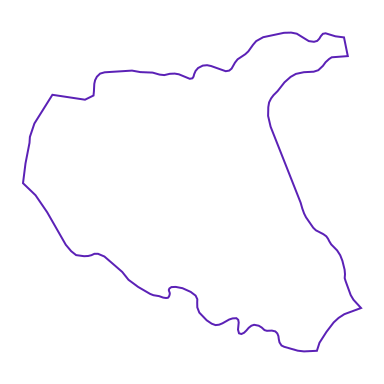 an SVG outline of Vrancea
{"feature_id": "ROU-317", "entity_name": "Vrancea", "entity_type": "County", "adm_level": 1, "iso_a3": "ROU", "parent_name": "Romania", "parent_adm1": "", "projection": "mercator", "projection_center": [27.101, 45.78], "detail": "fine", "context": "isolated", "style": "outline", "palette": "violet", "viewbox_px": 384, "rotation_deg": 0, "n_neighbors": 0, "source": "natural_earth", "source_scale": "10m", "svg_char_len": 2046}
<svg xmlns="http://www.w3.org/2000/svg" viewBox="0 0 384 384"><path d="M23.0,183.2L25.5,163.4L29.5,142.9L29.9,136.9L34.4,123.5L52.4,94.8L85.0,99.7L93.5,95.5L93.9,91.6L94.3,83.8L95.1,80.2L96.9,76.7L100.1,73.6L104.7,72.3L132.0,70.6L140.4,72.1L152.6,72.6L159.6,74.6L164.3,75.1L169.8,73.8L174.7,73.6L178.9,74.3L189.8,78.8L192.4,78.3L193.5,76.7L194.2,74.1L195.6,70.9L198.1,68.0L202.8,65.6L207.1,65.2L211.0,66.0L225.7,71.2L229.2,70.6L231.6,68.6L235.0,62.6L237.6,59.3L245.3,54.2L248.3,51.4L253.1,44.7L256.2,41.1L263.2,37.2L284.0,32.8L291.2,32.6L296.8,33.7L308.8,41.1L314.0,41.8L317.2,40.9L319.3,38.7L320.8,36.2L322.9,33.8L325.6,33.3L335.4,36.3L344.0,37.4L347.8,56.1L331.7,57.3L329.1,59.0L325.6,62.2L322.9,65.9L318.3,70.2L313.7,71.7L303.9,72.2L295.9,73.9L290.6,76.9L284.5,82.3L277.6,91.1L273.5,95.2L271.1,98.4L269.1,102.4L268.3,107.1L268.1,115.9L270.6,126.7L300.6,202.6L302.3,208.5L304.1,213.5L306.0,217.3L313.2,227.7L315.9,230.3L323.4,234.2L326.3,236.3L328.0,238.7L329.3,241.3L331.2,244.4L337.1,250.4L340.2,255.2L342.4,260.8L344.6,269.7L345.0,274.2L344.7,278.1L345.6,281.1L350.7,295.1L353.5,299.8L361.0,308.0L344.3,314.2L338.6,317.9L333.7,322.4L326.5,331.8L319.5,342.7L316.9,350.8L304.0,351.4L297.8,350.7L284.2,346.8L281.5,345.5L279.5,342.4L278.8,339.2L278.4,336.1L277.3,333.4L275.3,331.4L271.9,330.6L266.9,330.8L264.5,330.1L261.7,327.5L258.7,325.7L254.1,324.8L251.4,325.7L248.7,327.8L246.4,330.5L244.0,332.8L241.4,334.0L239.0,333.3L238.0,329.7L238.7,322.5L238.2,319.8L236.4,318.2L232.6,318.4L229.2,319.5L222.5,323.3L219.1,324.7L215.5,325.1L211.7,323.7L206.7,320.3L199.3,312.6L197.3,307.4L197.2,302.6L197.3,299.2L195.6,295.6L190.7,291.9L182.5,288.2L175.7,286.9L171.4,287.1L169.4,288.5L168.8,290.0L169.2,291.5L169.6,292.4L169.8,293.6L169.6,294.8L169.0,296.5L167.9,297.8L166.0,298.0L163.2,297.6L159.0,296.1L153.4,295.2L150.1,293.9L138.1,286.9L128.5,279.8L122.2,271.9L104.4,256.5L98.0,253.8L94.4,253.8L91.4,255.2L88.1,256.0L84.1,256.2L76.1,255.1L71.2,251.2L65.8,244.8L47.2,212.3L35.5,195.2L23.0,183.2Z" fill="none" stroke="#5b21b6" stroke-width="2"/></svg>